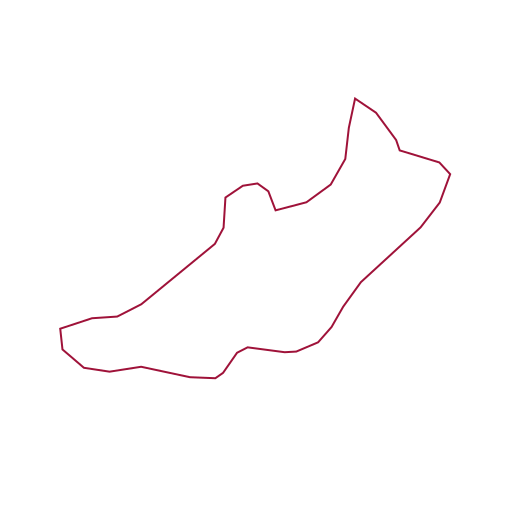 outline of Saipan, rotated 212°
{"feature_id": "MNP-4939", "entity_name": "Saipan", "entity_type": "state/province", "adm_level": 1, "iso_a3": "MNP", "parent_name": "Northern Mariana Islands", "parent_adm1": "", "projection": "natural_earth1", "projection_center": [145.747, 15.184], "detail": "fine", "context": "isolated", "style": "outline", "palette": "rose", "viewbox_px": 512, "rotation_deg": 212, "n_neighbors": 0, "source": "natural_earth", "source_scale": "10m", "svg_char_len": 629}
<svg xmlns="http://www.w3.org/2000/svg" viewBox="0 0 512 512"><g transform="rotate(212 256 256)"><path d="M318.9,80.3L342.7,70.0L370.6,74.2L383.5,90.6L362.1,116.3L341.6,131.1L327.7,154.3L297.3,244.5L298.5,262.8L312.9,289.4L304.4,308.6L293.2,318.3L279.8,317.4L263.6,305.1L241.7,328.3L230.5,356.2L231.7,385.6L245.2,413.9L255.4,442.0L230.1,441.1L198.6,428.6L190.1,421.7L150.1,432.5L134.7,428.3L128.5,398.7L131.6,367.5L153.2,289.4L155.2,259.2L154.3,235.8L157.6,215.7L171.2,196.3L180.7,189.6L214.7,174.1L220.8,163.9L222.0,139.5L225.7,130.8L247.8,118.2L294.7,101.2L318.9,80.3Z" fill="none" stroke="#9f1239" stroke-width="2"/></g></svg>